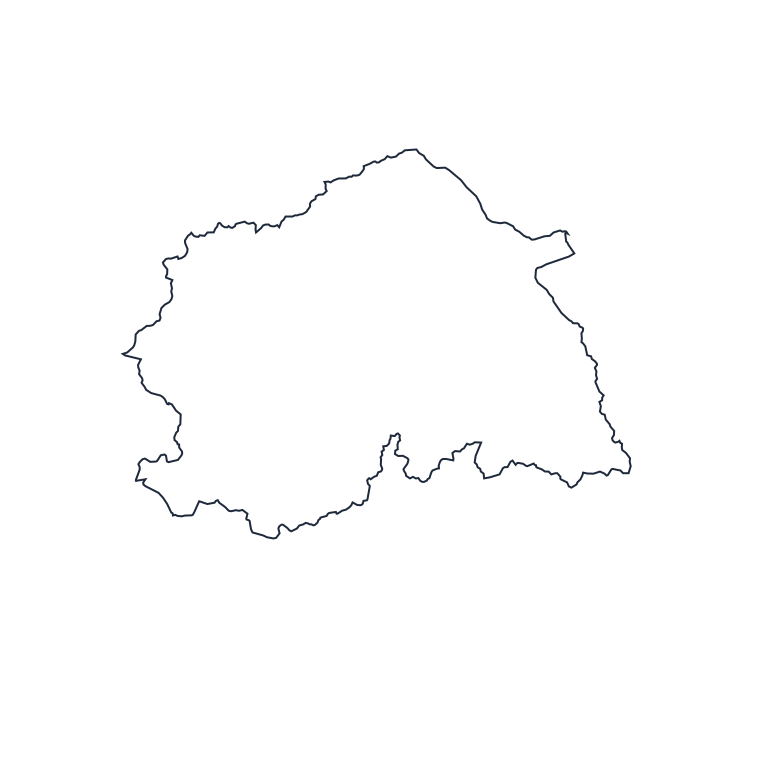 outline of Loc Binh, Lạng Sơn, Vietnam, rotated 36°
{"feature_id": "81297802B22471082550929", "entity_name": "Loc Binh", "entity_type": "district", "adm_level": 2, "iso_a3": "VNM", "parent_name": "Vietnam", "parent_adm1": "Lạng Sơn", "projection": "mercator", "projection_center": [106.936, 21.677], "detail": "fine", "context": "isolated", "style": "outline", "palette": "slate", "viewbox_px": 768, "rotation_deg": 36, "n_neighbors": 0, "source": "geoboundaries", "source_scale": "gbopen_adm2", "svg_char_len": 6165}
<svg xmlns="http://www.w3.org/2000/svg" viewBox="0 0 768 768"><g transform="rotate(36 384 384)"><path d="M217.1,255.5L219.4,256.7L222.0,260.4L224.2,261.6L223.3,266.4L219.9,269.3L218.6,272.2L219.8,274.8L218.0,278.6L217.9,280.1L218.3,282.0L219.9,283.8L220.0,290.5L218.2,294.5L215.8,296.8L214.7,298.6L213.0,299.7L211.5,302.3L205.9,306.4L206.3,309.9L205.6,312.8L207.1,318.8L204.3,318.2L202.9,320.6L201.3,321.9L199.2,322.9L196.8,322.8L194.2,324.9L193.0,326.8L192.9,330.3L191.4,336.6L189.4,334.7L186.9,330.8L183.6,330.2L180.5,333.8L178.5,334.5L175.9,334.5L170.3,341.3L170.1,342.4L170.7,343.8L169.5,346.9L168.0,347.6L165.4,347.6L165.2,349.3L163.0,350.8L160.0,351.1L156.8,350.2L156.0,350.6L155.5,351.9L156.5,354.6L156.3,357.6L157.1,361.4L152.1,365.2L151.8,369.6L147.5,372.0L147.4,374.0L144.7,375.6L142.9,375.9L139.2,374.9L139.1,377.0L138.3,379.1L138.6,384.9L140.3,386.9L145.8,390.3L147.3,393.1L147.7,397.3L146.2,401.1L144.1,403.7L142.0,402.2L137.9,407.9L136.1,408.9L134.2,410.9L133.7,415.6L135.6,417.0L141.3,418.6L144.0,422.6L144.3,424.9L145.1,426.0L151.7,424.3L152.4,427.8L156.3,431.3L157.4,434.1L161.1,437.3L162.2,440.4L162.2,443.9L160.0,448.7L159.3,453.4L161.4,459.4L164.3,461.8L165.1,464.7L163.1,466.9L162.4,472.1L160.7,474.3L157.9,476.5L155.9,483.2L154.5,485.0L154.0,489.9L157.9,495.9L159.2,499.6L159.4,501.9L157.7,509.5L155.0,513.2L157.7,513.1L172.8,506.9L173.8,513.0L175.3,514.9L178.4,516.8L180.1,520.0L184.9,521.5L186.6,523.0L187.1,525.5L192.0,527.0L194.9,528.5L200.9,528.2L210.0,524.7L212.8,524.6L215.5,525.1L220.3,527.6L221.7,527.1L221.3,525.9L224.4,525.2L231.5,527.8L237.4,528.1L242.9,536.3L242.7,539.5L244.9,543.1L244.5,545.5L245.6,550.4L247.6,552.5L250.7,552.7L252.4,554.0L253.8,553.4L255.7,555.8L260.2,557.3L261.5,558.7L262.1,560.7L261.9,566.6L255.6,573.9L253.9,574.2L249.7,570.1L247.8,570.1L245.3,572.9L245.7,579.4L245.1,580.8L240.6,584.4L234.5,584.8L232.9,586.8L232.3,590.4L232.4,593.2L235.1,594.8L236.6,596.7L239.7,607.6L240.3,608.1L247.0,601.3L247.1,605.3L248.5,606.7L250.9,606.9L265.7,604.6L272.1,605.9L279.1,608.5L287.4,613.0L289.1,612.9L290.5,614.4L292.1,612.5L294.2,612.2L298.1,610.0L300.0,607.7L305.7,603.2L306.2,602.0L305.8,599.0L303.4,587.5L311.7,584.9L316.7,579.6L316.7,577.5L317.8,575.7L320.6,576.9L327.5,576.9L332.9,577.8L335.1,576.8L338.4,573.1L341.2,571.8L343.5,569.1L349.8,569.2L351.8,574.1L352.6,574.4L354.5,573.7L355.8,573.8L361.8,579.7L364.9,581.4L375.4,577.5L379.3,576.8L385.4,573.9L387.2,571.8L387.3,566.2L383.7,563.2L383.2,562.2L383.0,560.3L383.8,558.0L385.0,557.2L390.4,557.3L393.8,558.0L395.6,557.6L398.5,552.1L398.6,548.4L401.2,545.0L402.2,542.5L404.3,541.5L406.7,541.1L407.7,540.2L409.8,539.9L410.8,539.0L411.7,535.3L410.9,532.6L411.5,530.9L411.1,529.5L415.1,524.4L414.9,522.0L415.5,520.5L420.3,515.8L421.9,516.8L422.6,516.2L424.7,510.9L427.0,508.2L428.5,504.1L428.8,501.3L428.2,498.3L433.5,497.6L436.2,495.9L437.1,494.4L437.1,493.2L436.1,490.6L438.5,488.2L438.4,487.0L432.7,475.3L432.0,474.6L429.7,474.2L427.0,471.8L427.1,469.4L427.6,468.8L429.2,468.9L430.5,464.9L432.1,462.5L431.2,458.8L433.0,456.4L432.8,454.5L432.3,453.5L429.0,451.4L425.6,446.2L424.3,445.3L424.4,442.5L421.8,440.1L422.7,437.5L420.0,434.8L422.6,432.5L423.1,429.1L421.5,426.0L421.5,424.7L419.8,421.7L423.3,419.8L423.5,417.0L424.4,415.8L427.2,416.4L427.8,418.0L430.2,420.2L429.5,422.3L430.5,425.1L433.5,428.7L432.3,431.2L434.0,434.2L437.8,433.9L441.5,431.0L446.3,430.3L447.9,430.6L448.7,431.6L449.8,434.8L449.8,441.3L450.8,442.3L454.5,443.9L455.9,445.3L460.5,445.1L462.0,442.1L465.3,441.7L467.1,439.9L470.4,441.0L472.5,440.7L473.9,439.7L475.4,437.0L475.2,435.3L476.1,433.5L474.2,427.6L474.1,425.4L476.9,421.0L478.1,420.0L476.2,417.8L475.1,414.3L474.9,412.3L475.5,410.3L478.2,408.2L484.9,405.1L484.1,403.6L479.9,399.6L480.9,396.5L485.2,393.9L485.5,391.0L486.5,389.0L486.2,383.6L489.0,382.7L490.7,380.5L491.8,377.7L497.0,374.3L500.4,388.3L503.5,394.2L506.1,394.5L508.8,396.3L511.7,396.1L513.8,397.9L517.2,397.9L520.5,401.5L524.5,397.3L530.6,389.2L529.7,382.2L530.4,380.4L532.8,378.6L532.0,372.6L533.0,370.4L538.0,372.0L538.2,369.9L538.8,369.0L543.4,366.8L547.1,366.7L548.3,366.2L551.8,360.4L553.7,360.9L554.8,360.4L556.0,361.7L556.7,361.7L561.8,360.3L565.6,360.2L568.7,358.1L572.5,358.8L575.0,355.5L576.8,354.3L581.3,355.4L582.2,356.9L583.1,357.2L589.9,356.0L593.8,358.2L596.5,357.7L598.8,352.2L598.3,349.9L599.0,345.7L598.1,340.9L597.1,338.7L601.1,336.9L606.2,333.4L610.2,327.9L615.1,326.9L617.9,327.3L618.6,326.1L618.2,319.5L618.7,318.4L626.1,315.0L629.9,315.6L634.3,312.4L631.9,305.5L628.4,302.4L626.7,299.5L620.1,297.5L615.6,297.4L613.9,295.8L611.6,292.4L609.6,292.7L607.9,291.6L607.5,293.0L605.6,295.4L603.7,295.6L601.9,295.1L600.3,293.8L600.0,290.1L597.8,286.7L592.3,285.4L590.2,283.9L584.3,282.4L580.6,279.1L577.8,280.1L574.9,279.4L572.5,274.5L568.8,271.9L570.0,268.9L568.6,266.9L568.4,264.1L562.7,263.5L554.1,258.3L553.4,257.4L553.4,254.6L550.3,252.2L548.5,249.0L545.1,247.0L545.1,243.4L544.5,242.5L541.5,241.6L537.4,241.6L535.3,239.9L531.5,241.3L524.7,235.2L521.1,234.1L519.2,234.1L517.4,231.0L513.9,226.9L513.8,224.4L512.5,222.1L511.5,221.8L508.5,222.5L506.2,221.1L504.9,221.2L501.2,223.7L499.0,223.1L496.2,223.5L485.7,222.2L472.6,217.6L469.9,214.9L465.0,214.2L460.3,212.2L449.0,211.7L444.0,209.1L439.8,202.2L439.9,199.9L442.5,196.9L445.0,191.7L458.7,172.2L461.2,166.5L451.4,163.0L449.2,161.8L447.6,161.6L442.3,155.9L442.2,154.8L444.2,154.4L441.9,153.6L440.8,153.9L438.8,155.9L436.2,156.3L432.1,161.8L431.1,166.6L426.9,170.3L420.8,178.6L418.7,180.4L415.0,180.2L413.3,181.3L409.9,181.8L403.9,181.3L399.4,182.0L395.7,180.5L388.3,181.7L386.5,182.6L383.7,185.5L376.9,188.9L374.5,189.5L370.0,189.5L367.0,187.5L360.9,185.2L356.0,181.6L348.3,177.9L335.3,176.3L326.5,173.8L310.9,172.7L306.4,173.0L299.7,178.3L296.3,178.9L285.8,177.6L282.1,176.0L276.6,176.5L272.4,175.2L263.5,182.7L262.4,186.6L260.8,188.6L260.0,193.0L256.5,196.8L252.8,197.7L252.4,201.7L250.1,205.6L249.8,207.4L248.1,209.1L246.1,209.1L244.9,210.2L243.0,214.3L239.5,219.7L241.0,221.2L241.5,222.9L241.3,228.5L240.8,229.8L239.3,231.5L236.3,233.5L236.0,235.4L233.9,236.7L232.3,240.1L226.6,244.3L223.7,248.6L222.3,252.3L220.2,252.8L217.1,255.5Z" fill="none" stroke="#1e293b" stroke-width="2"/></g></svg>